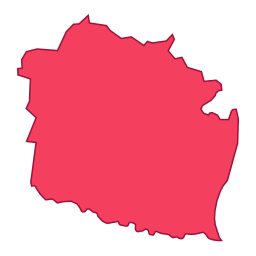 Camden, Georgia, United States of America (Robinson projection)
{"feature_id": "52423323B71362647483761", "entity_name": "Camden", "entity_type": "district", "adm_level": 2, "iso_a3": "USA", "parent_name": "United States of America", "parent_adm1": "Georgia", "projection": "robinson", "projection_center": [-81.646, 30.939], "detail": "fine", "context": "isolated", "style": "filled", "palette": "rose", "viewbox_px": 256, "rotation_deg": 0, "n_neighbors": 0, "source": "geoboundaries", "source_scale": "gbopen_adm2", "svg_char_len": 2070}
<svg xmlns="http://www.w3.org/2000/svg" viewBox="0 0 256 256"><path d="M31.8,186.1L33.1,185.7L34.6,185.9L35.7,186.8L36.4,188.5L40.0,193.8L42.4,196.5L45.8,199.8L52.4,199.0L55.0,200.9L56.8,202.6L57.5,202.9L63.0,201.7L70.7,201.2L71.4,201.3L77.2,203.9L80.7,209.2L81.4,211.0L82.8,211.9L84.5,211.8L85.5,211.2L86.4,209.7L87.4,209.0L89.3,209.1L91.0,210.3L92.8,211.8L94.4,212.4L95.9,212.7L96.4,213.0L96.9,213.4L97.3,214.0L97.6,214.7L97.7,215.9L97.9,216.2L102.2,220.9L104.3,222.2L107.3,223.4L117.7,221.5L118.6,222.2L119.0,223.7L119.3,224.2L120.2,224.9L126.8,226.2L127.9,225.5L128.3,225.0L128.7,223.4L129.1,222.9L130.2,222.4L131.2,222.4L133.6,223.1L134.4,223.7L135.4,224.4L135.6,225.5L135.4,227.8L135.5,229.4L136.1,230.7L136.6,231.2L137.9,231.7L143.2,230.7L144.7,229.4L146.6,229.1L147.9,230.0L148.4,230.8L148.9,233.1L149.7,234.4L153.0,235.1L153.8,234.5L154.6,232.8L155.3,231.9L156.5,231.4L159.6,232.8L162.4,233.6L167.9,234.3L168.8,234.6L171.0,236.5L172.8,237.6L176.6,236.9L178.0,237.4L179.0,238.2L179.9,238.4L180.7,238.6L181.4,238.7L182.1,238.6L182.8,238.2L183.7,237.2L184.1,236.4L184.3,235.5L184.8,234.6L185.7,234.0L186.7,233.8L189.5,234.2L191.7,234.3L195.4,234.0L202.7,232.4L203.6,232.5L205.1,233.5L208.4,238.0L209.7,238.7L213.1,239.8L215.0,240.1L219.6,240.6L221.5,240.5L219.3,237.6L215.2,224.7L214.5,218.9L214.9,211.0L216.9,200.7L220.3,191.2L223.1,185.8L227.0,181.0L227.9,178.5L237.6,143.3L238.3,119.0L236.2,109.3L233.1,109.5L231.4,111.1L228.6,119.6L220.1,119.6L217.5,115.2L212.1,112.6L209.8,113.1L208.3,115.0L203.7,113.3L201.0,109.4L202.2,105.7L211.0,100.3L215.2,95.6L215.8,93.4L218.4,90.8L221.8,90.2L221.1,84.2L216.1,80.2L204.0,81.4L201.4,71.7L187.3,67.4L181.9,57.4L174.9,58.8L168.2,50.8L174.3,39.3L172.4,34.6L166.3,41.0L152.1,43.0L147.5,41.4L143.9,45.5L131.3,36.9L121.3,38.5L110.1,30.5L106.4,25.6L89.4,23.0L88.2,15.4L79.1,23.9L73.6,24.3L66.4,31.6L57.5,50.6L37.2,49.0L26.4,51.7L21.6,59.8L22.2,68.2L17.7,68.6L18.0,74.9L30.4,78.9L29.5,101.1L26.2,108.5L36.2,117.7L33.2,125.0L26.6,141.4L36.1,142.5L30.8,182.4L31.8,186.1Z" fill="#f43f5e" stroke="#9f1239" stroke-width="1.5"/></svg>